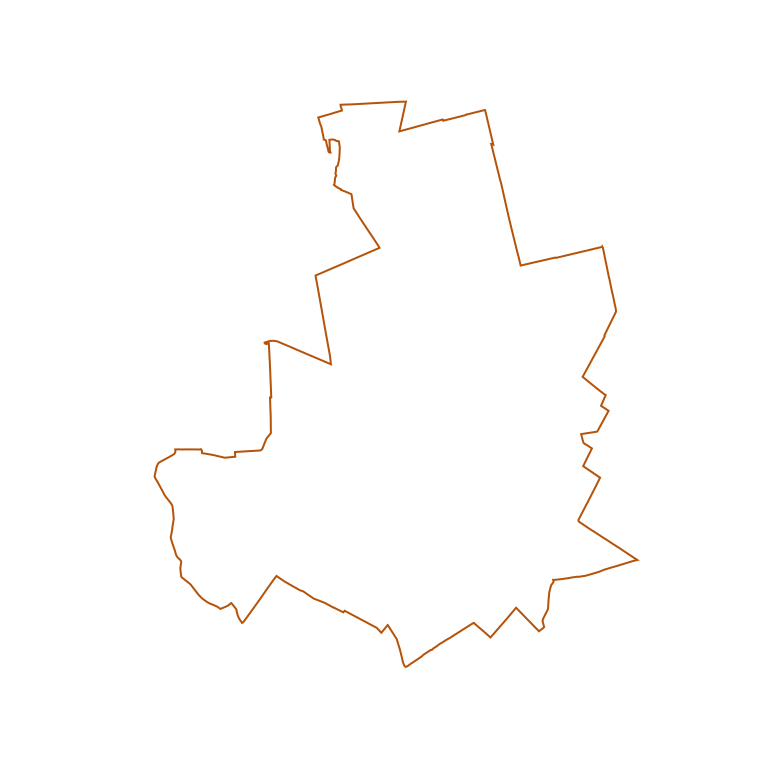 the district of Ciocarlia, Constanta, Romania, rotated 254°
{"feature_id": "2599482B33175651559383", "entity_name": "Ciocarlia", "entity_type": "district", "adm_level": 2, "iso_a3": "ROU", "parent_name": "Romania", "parent_adm1": "Constanta", "projection": "robinson", "projection_center": [28.275, 44.143], "detail": "fine", "context": "isolated", "style": "outline", "palette": "amber", "viewbox_px": 768, "rotation_deg": 254, "n_neighbors": 0, "source": "geoboundaries", "source_scale": "gbopen_adm2", "svg_char_len": 5866}
<svg xmlns="http://www.w3.org/2000/svg" viewBox="0 0 768 768"><g transform="rotate(254 384 384)"><path d="M544.7,551.9L548.9,551.9L584.3,553.2L585.2,553.2L585.0,554.0L584.5,554.6L584.1,555.0L619.2,556.7L619.6,556.6L620.2,538.6L620.4,537.6L620.2,537.5L620.2,537.4L620.0,535.8L620.5,520.1L620.7,515.0L620.7,513.6L621.6,513.6L621.6,513.4L621.8,513.4L622.1,513.1L622.6,468.6L622.6,468.4L637.9,476.7L649.4,482.9L651.3,475.5L654.9,459.8L661.7,430.0L662.0,429.0L664.4,419.2L662.9,419.0L661.3,419.0L658.5,419.0L658.4,408.8L658.3,408.7L658.3,405.2L658.3,394.3L652.8,394.3L650.3,394.4L649.1,394.7L637.4,393.8L635.6,393.5L634.3,395.3L633.9,395.3L633.7,395.3L632.9,395.2L630.0,395.0L625.1,394.9L622.8,394.7L622.3,394.8L621.6,395.4L621.3,395.9L621.2,396.2L621.2,396.4L622.6,396.2L631.9,398.4L633.8,398.8L633.2,402.1L632.6,403.3L631.8,404.5L631.1,404.9L630.8,405.1L629.8,407.5L623.9,406.8L617.4,404.7L613.6,403.3L610.6,401.9L606.8,399.8L606.5,399.2L606.2,398.6L605.9,398.1L605.3,397.6L603.9,397.1L602.6,396.7L601.1,396.1L600.1,395.5L599.4,395.3L598.5,395.4L597.9,395.6L597.5,395.6L596.3,394.4L595.6,393.8L594.9,393.5L593.9,393.1L592.3,392.6L591.7,392.1L589.9,391.6L589.2,390.7L588.8,391.0L588.2,391.4L588.0,391.6L587.7,391.8L587.5,392.0L587.2,392.2L587.0,392.4L586.7,392.6L586.2,393.0L585.7,393.4L585.7,393.5L585.3,393.9L585.1,394.1L584.8,394.3L584.6,394.6L584.4,394.8L584.0,395.3L583.5,395.8L583.4,395.9L583.3,396.0L583.2,396.2L583.1,396.3L582.5,396.1L581.8,397.1L580.7,398.4L579.5,400.0L578.2,401.6L577.3,402.7L575.5,405.0L575.3,405.0L561.2,403.2L559.4,403.8L550.8,406.4L538.0,410.4L527.8,413.7L516.6,417.2L516.1,417.2L514.7,406.2L512.9,392.4L511.1,379.0L509.4,365.5L507.6,351.6L507.1,348.1L506.8,348.0L496.1,347.0L477.6,345.1L448.8,342.1L425.7,339.8L417.6,338.4L435.3,316.6L440.7,310.0L454.2,293.4L455.4,291.2L456.1,289.4L456.5,287.7L456.7,286.2L456.8,284.3L456.7,282.2L456.8,281.8L456.7,280.6L455.9,280.6L454.8,282.0L454.9,284.1L454.7,284.5L430.4,278.8L402.1,271.9L402.4,270.7L385.9,266.6L385.3,266.5L367.9,261.7L363.9,255.9L355.0,249.0L354.2,246.8L359.7,222.0L355.1,221.0L356.9,211.1L357.4,209.9L362.7,200.5L366.3,193.1L366.4,192.8L366.7,192.1L366.8,191.9L367.7,190.0L368.1,190.0L369.0,190.4L369.6,190.6L369.9,190.6L370.5,190.4L371.1,190.2L371.8,190.0L371.7,189.7L371.7,189.4L375.5,176.4L375.9,174.9L376.0,174.5L376.0,174.4L378.7,165.3L377.7,165.1L376.8,164.9L376.2,164.7L375.2,163.9L374.7,163.2L374.4,162.6L374.1,161.6L373.0,157.2L371.4,149.8L370.9,147.8L370.4,145.9L370.2,145.5L369.8,145.0L368.8,144.0L367.3,142.7L365.1,141.6L361.8,139.8L358.9,138.2L357.9,138.0L356.8,138.1L354.5,138.7L351.5,139.5L344.7,141.0L337.2,142.6L336.3,142.9L328.5,146.1L326.8,146.7L325.7,146.9L324.5,146.9L323.5,146.8L322.8,146.6L317.4,145.7L312.4,144.7L311.6,144.4L309.7,143.5L307.4,142.4L305.0,141.3L302.3,140.2L296.1,137.1L295.3,136.7L294.6,136.6L293.0,136.6L291.2,136.6L288.8,136.7L286.4,136.8L281.1,137.1L279.7,137.0L277.1,137.1L276.1,137.2L275.4,137.4L274.3,137.8L271.9,139.1L270.7,139.8L270.0,140.0L269.2,140.1L268.6,139.9L267.8,139.6L264.2,137.9L262.9,137.4L258.7,136.6L255.9,136.2L254.3,136.0L246.3,141.7L244.7,142.8L236.9,145.9L235.8,146.3L234.4,146.9L233.2,147.3L229.5,149.2L229.0,149.5L227.1,150.7L223.9,153.3L222.0,155.0L221.2,155.8L219.1,158.5L216.4,161.8L215.4,162.8L213.8,164.0L213.6,164.2L212.9,164.7L213.7,171.5L214.2,173.9L214.6,174.3L215.5,176.6L215.5,176.9L211.1,178.7L209.1,179.6L208.2,179.9L207.3,179.9L205.6,179.7L202.4,179.6L199.4,179.9L196.2,180.7L195.2,181.2L193.5,181.6L193.7,182.9L197.3,187.6L203.1,195.0L210.9,204.9L218.6,214.3L222.5,219.2L227.3,225.2L229.1,227.8L228.4,228.3L221.4,234.1L208.8,246.4L207.1,249.1L204.1,251.5L197.2,257.2L196.8,257.7L196.2,258.5L189.9,266.8L183.1,273.7L183.2,273.8L175.7,282.0L176.9,283.6L151.6,309.8L145.6,312.9L151.2,321.0L151.3,321.1L151.2,321.2L135.3,325.9L124.6,326.1L116.1,325.8L112.7,325.6L110.3,325.6L108.2,325.8L106.6,326.4L106.1,326.9L106.1,327.9L106.2,328.5L107.1,331.1L107.7,332.6L108.3,334.6L109.5,338.4L110.7,342.0L111.8,345.4L112.7,346.9L114.0,350.8L114.7,353.3L115.5,355.8L115.2,356.6L116.3,358.7L116.5,359.6L117.5,362.8L118.8,365.9L119.6,369.4L120.5,372.1L121.3,375.2L121.8,377.6L122.8,380.8L126.1,391.9L127.6,397.1L128.7,400.8L129.6,404.0L129.5,404.7L128.7,405.0L116.4,413.1L114.1,414.5L111.0,416.5L125.2,438.5L125.3,438.6L132.5,449.3L103.6,464.8L105.1,468.7L106.1,470.9L112.5,471.1L113.3,471.5L114.3,472.1L121.9,479.1L122.0,479.1L123.0,479.8L132.8,483.3L138.5,485.6L144.1,488.9L144.7,489.4L145.7,490.9L146.9,492.3L147.5,492.6L149.1,492.6L148.8,493.6L148.5,495.0L147.4,501.6L146.4,508.9L146.4,509.9L145.9,513.9L145.5,516.7L145.4,517.0L145.0,517.7L144.8,519.5L144.2,524.2L144.1,526.6L144.1,532.0L144.1,533.4L144.2,538.8L144.4,540.8L144.8,544.5L144.8,546.5L144.8,548.1L144.9,550.0L144.9,552.2L144.9,554.0L144.9,558.6L145.2,574.2L145.0,579.0L159.3,566.8L159.5,566.7L161.8,564.7L162.3,564.2L164.7,562.1L167.1,560.0L171.2,556.5L177.9,550.6L179.0,549.7L182.7,546.5L188.4,541.4L196.9,534.3L198.1,533.4L198.9,533.2L199.8,533.5L212.4,545.4L212.4,545.5L227.4,559.5L234.4,565.9L234.6,565.7L250.1,552.8L264.8,566.1L269.1,562.4L271.5,560.1L272.5,559.6L274.9,559.5L281.5,559.7L279.5,575.4L279.6,575.9L279.9,576.3L281.3,577.7L281.4,577.8L295.9,592.1L296.3,592.5L303.2,586.6L312.3,594.1L313.4,593.0L315.2,591.7L317.2,590.2L318.8,589.0L320.2,588.0L325.5,584.3L328.9,581.9L335.0,577.7L336.1,576.9L336.5,577.3L369.0,609.3L370.0,609.3L373.4,612.3L386.8,624.5L388.4,625.9L389.1,626.6L390.4,627.2L391.6,627.4L395.3,627.7L398.6,627.9L402.1,628.2L408.9,628.6L412.0,628.8L412.8,628.8L423.7,629.7L424.2,629.7L424.3,629.6L439.6,630.8L454.8,632.0L454.9,631.9L455.7,631.5L455.9,631.5L455.7,631.3L455.8,628.5L457.8,584.9L457.7,584.3L458.3,583.6L459.0,570.7L459.1,568.0L459.4,563.9L460.1,549.7L460.2,548.0L468.6,548.4L471.5,548.4L495.8,549.3L507.7,549.8L520.8,550.5L544.5,551.9L544.7,551.9Z" fill="none" stroke="#b45309" stroke-width="2"/></g></svg>